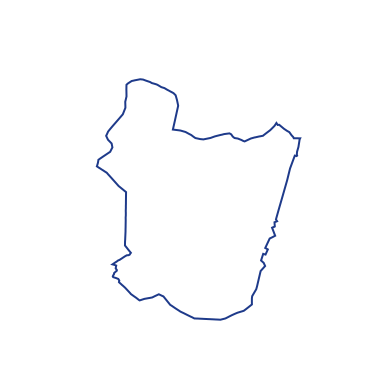 Magdalena, Veracruz, Mexico, rotated 47°
{"feature_id": "50627088B30060167879999", "entity_name": "Magdalena", "entity_type": "district", "adm_level": 2, "iso_a3": "MEX", "parent_name": "Mexico", "parent_adm1": "Veracruz", "projection": "natural_earth1", "projection_center": [-97.048, 18.769], "detail": "fine", "context": "isolated", "style": "outline", "palette": "blue", "viewbox_px": 384, "rotation_deg": 47, "n_neighbors": 0, "source": "geoboundaries", "source_scale": "gbopen_adm2", "svg_char_len": 3269}
<svg xmlns="http://www.w3.org/2000/svg" viewBox="0 0 384 384"><g transform="rotate(47 192 192)"><path d="M226.5,76.3L222.1,80.9L220.9,80.5L218.4,80.5L214.6,80.0L212.1,80.8L208.6,81.6L204.7,82.1L202.3,82.4L201.4,83.6L199.1,83.2L199.9,86.5L200.0,88.6L200.1,91.4L200.1,93.0L200.0,93.8L199.8,95.8L199.7,96.6L199.3,101.0L199.3,101.7L197.8,104.1L197.2,105.0L195.1,108.6L194.8,109.0L193.0,112.5L190.9,119.0L189.6,119.7L187.6,120.4L185.3,121.5L184.2,122.0L181.5,124.1L179.2,124.4L176.6,124.0L176.0,124.2L174.7,124.6L172.2,128.1L171.5,129.1L170.4,131.2L170.1,131.6L167.7,135.9L167.5,136.3L166.9,137.4L165.1,141.6L161.3,147.8L158.9,149.9L154.9,152.7L154.6,152.8L152.2,153.3L149.8,153.7L147.6,154.5L143.7,155.8L139.2,158.5L137.6,159.8L133.3,163.4L128.6,156.5L121.7,146.5L119.5,143.3L117.4,142.0L114.4,140.2L110.1,138.0L107.1,138.1L100.0,140.5L97.2,141.3L94.4,142.9L90.6,144.0L89.7,144.3L88.7,144.8L87.0,145.8L84.9,147.1L83.1,147.6L81.6,148.4L79.0,149.8L76.4,151.1L74.2,153.0L73.1,154.8L71.1,158.0L70.9,158.4L69.7,160.4L69.0,164.3L68.9,165.2L68.9,166.8L69.7,167.6L72.4,170.2L73.2,170.9L76.3,173.7L77.5,174.8L79.5,177.8L80.5,179.3L83.7,182.1L85.0,183.3L88.0,189.6L88.9,197.8L89.6,204.5L89.9,207.1L90.2,209.5L90.6,212.2L91.4,214.0L92.4,216.5L95.2,217.4L96.5,217.8L101.7,217.7L103.0,218.5L105.1,219.8L106.6,223.9L106.8,224.4L105.4,233.1L104.6,238.4L106.5,240.9L107.7,242.9L108.3,243.9L108.4,244.1L119.9,241.2L122.1,241.3L123.6,241.3L133.5,241.5L137.6,241.6L147.1,240.3L154.2,247.1L155.6,248.4L157.1,249.9L158.3,251.0L159.5,252.2L160.6,253.3L162.2,254.7L164.1,256.5L165.5,258.0L167.5,259.8L172.9,265.0L173.7,265.8L175.6,267.6L180.8,272.9L181.2,273.3L182.7,274.9L185.0,277.1L185.4,277.5L187.9,277.7L188.1,277.7L190.3,277.9L194.8,278.2L194.9,278.9L195.3,280.3L195.0,281.4L193.8,282.9L193.3,285.0L192.8,288.0L192.6,289.4L192.4,290.0L192.3,291.2L191.7,292.6L191.5,294.6L191.2,296.1L190.7,299.5L192.5,298.4L194.1,297.6L195.8,299.9L197.9,300.2L198.3,300.8L198.2,302.3L198.2,304.3L199.0,305.3L199.2,306.4L199.7,307.5L200.5,307.7L203.4,306.1L204.3,305.7L205.3,305.2L207.2,305.6L208.1,306.9L208.6,306.9L211.8,306.6L212.4,306.6L212.8,306.5L213.9,306.4L216.3,306.2L220.5,306.2L222.6,306.2L223.9,306.2L224.9,306.3L228.4,305.6L231.2,305.0L235.0,304.4L235.6,304.2L237.7,299.7L240.4,295.5L240.5,295.4L242.0,293.0L242.8,290.3L244.2,286.0L248.3,284.4L248.8,284.1L259.7,284.9L261.1,284.5L265.6,283.5L266.4,283.3L270.8,282.2L271.4,282.1L272.7,281.6L274.7,280.8L279.0,279.2L282.4,277.9L283.3,277.5L286.1,276.5L288.5,274.1L291.5,271.2L294.8,268.0L298.9,264.0L301.4,261.6L302.1,260.9L304.8,258.3L305.9,256.3L306.9,254.5L307.3,253.7L308.2,250.6L308.5,249.5L309.3,246.8L309.7,245.6L310.3,243.8L311.0,241.9L311.3,241.1L312.5,238.6L313.7,236.2L314.2,235.1L314.3,234.2L314.5,232.3L314.8,228.8L315.1,224.9L312.6,222.6L310.6,220.7L310.1,220.1L309.2,219.0L306.9,211.3L305.3,208.7L300.4,201.4L296.6,195.7L296.0,189.0L292.7,187.9L289.2,188.2L285.8,182.1L287.9,180.9L285.7,175.7L283.5,176.4L282.9,176.6L279.0,166.9L279.9,164.0L280.7,161.0L272.7,157.8L272.8,157.4L273.6,155.5L273.7,155.0L270.4,152.3L271.4,149.7L269.3,149.3L263.9,140.4L257.2,129.2L248.3,114.4L241.7,104.3L235.5,92.0L237.0,91.1L237.1,90.3L236.1,89.8L234.2,87.7L231.7,83.5L227.0,77.5L226.5,76.3Z" fill="none" stroke="#1e3a8a" stroke-width="2"/></g></svg>